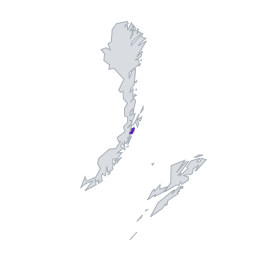 Tranøy nor, Troms, Norway (highlighted), rotated 135°
{"feature_id": "86288312B72673303782724", "entity_name": "Tranøy nor", "entity_type": "district", "adm_level": 2, "iso_a3": "NOR", "parent_name": "Norway", "parent_adm1": "Troms", "projection": "robinson", "projection_center": [17.384, 69.178], "detail": "fine", "context": "in_parent", "style": "filled", "palette": "violet", "viewbox_px": 256, "rotation_deg": 135, "n_neighbors": 0, "source": "geoboundaries", "source_scale": "gbopen_adm2", "svg_char_len": 5046}
<svg xmlns="http://www.w3.org/2000/svg" viewBox="0 0 256 256"><g transform="rotate(135 128 128)"><path d="M151.2,122.0L142.9,123.9L144.3,125.2L142.2,128.9L132.8,127.5L130.6,131.9L124.1,132.4L120.4,136.0L121.9,138.7L116.5,144.4L111.0,145.7L110.5,152.0L105.5,157.5L108.0,158.4L107.8,161.4L96.4,165.3L95.7,180.1L100.0,183.0L96.4,185.7L97.3,192.8L92.1,197.0L91.7,202.4L86.7,200.3L85.4,195.6L82.6,201.7L78.7,200.9L69.5,208.8L62.2,209.8L53.2,204.0L54.0,201.7L57.0,202.9L58.7,201.8L55.8,201.0L59.3,197.2L51.2,200.0L52.5,196.6L58.3,195.1L55.3,194.8L58.1,191.8L63.6,189.6L58.3,190.9L51.6,196.6L52.2,192.9L55.2,192.7L52.1,190.1L55.4,188.2L52.1,188.6L51.7,185.5L64.1,186.1L67.7,184.1L52.4,184.3L54.1,181.9L51.9,178.8L58.4,179.5L62.8,178.9L53.4,176.6L71.6,172.1L63.4,172.2L68.7,169.2L74.8,171.2L72.2,168.7L74.9,165.2L87.9,166.4L92.3,162.1L83.7,165.9L80.9,164.4L92.8,154.4L98.9,153.5L101.3,151.7L96.7,152.1L102.2,147.0L100.8,145.9L108.1,144.5L102.8,145.0L103.4,141.9L108.7,138.3L116.2,137.6L110.7,137.1L113.7,134.8L117.3,136.5L117.9,135.2L112.8,133.1L119.7,129.9L121.4,132.5L120.9,129.2L128.5,128.4L122.6,127.6L131.6,122.9L132.5,120.6L135.8,121.7L134.5,120.4L140.4,118.0L140.2,120.9L143.9,117.0L142.8,121.5L146.4,120.2L145.6,117.2L153.2,117.8L149.6,114.9L156.9,113.9L160.8,116.7L168.1,109.4L173.8,110.8L170.2,115.8L177.8,110.1L178.5,113.7L180.7,112.9L183.7,108.8L188.1,109.7L185.6,111.8L187.7,111.8L187.6,114.8L190.6,110.4L202.9,114.1L190.9,115.5L196.3,118.5L203.3,119.2L192.8,123.9L194.5,120.5L193.3,119.0L185.2,116.1L176.1,118.9L174.7,124.2L170.3,127.2L156.0,126.2L151.2,122.0ZM122.1,48.5L129.7,50.0L128.9,52.7L132.5,51.3L133.9,53.5L147.3,56.9L136.3,59.2L124.1,70.9L110.6,64.9L125.2,62.3L111.1,63.2L109.1,61.5L126.5,59.0L122.9,58.4L124.6,57.4L114.3,57.0L114.0,59.0L106.6,60.1L98.1,55.5L103.2,55.5L101.2,53.3L97.4,54.4L95.2,50.3L109.7,49.6L110.8,50.3L104.1,51.5L110.9,53.0L115.2,50.2L122.5,55.3L120.0,50.6L122.1,48.5ZM138.8,46.2L151.2,48.5L154.4,46.2L155.9,46.5L155.1,47.7L161.2,46.9L174.9,49.3L159.6,53.9L140.9,52.0L138.7,51.4L144.0,50.3L134.0,50.3L131.8,49.2L134.6,48.5L130.1,48.0L137.0,48.1L136.2,47.0L138.9,47.5L138.8,46.2ZM148.4,57.8L157.7,60.7L156.1,61.7L165.1,63.3L154.8,66.4L152.9,66.1L154.1,64.6L145.4,65.2L148.8,62.2L141.6,58.6L148.4,57.8ZM118.4,127.4L122.8,126.2L109.8,130.2L116.4,127.0L116.9,123.8L120.5,122.0L118.4,127.4ZM125.4,121.4L131.4,121.1L124.3,123.6L125.4,121.4ZM131.3,119.6L139.9,116.4L135.4,119.7L131.3,119.6ZM94.1,55.8L100.1,58.8L101.4,60.2L96.6,58.7L94.1,55.8ZM114.3,124.1L115.3,127.0L110.5,126.3L114.3,124.1ZM160.9,110.8L157.7,112.7L153.0,111.9L158.4,111.5L160.9,110.8ZM161.6,112.2L160.2,114.5L158.2,113.8L161.6,112.2ZM104.3,130.4L109.0,129.8L103.9,131.7L104.3,130.4ZM205.2,47.7L195.3,48.1L205.5,47.6L205.2,47.7ZM182.1,55.4L187.9,55.8L179.1,56.2L182.1,55.4ZM171.2,109.2L174.6,108.7L175.7,109.2L171.2,109.2ZM163.8,111.6L163.2,112.8L162.2,111.8L163.8,111.6ZM145.7,114.9L145.7,116.2L144.4,115.7L145.7,114.9ZM137.0,84.5L136.6,85.7L135.0,84.8L137.0,84.5ZM174.9,57.2L172.2,57.0L171.9,56.6L174.9,57.2ZM90.1,154.4L91.0,155.5L88.4,155.2L90.1,154.4ZM139.9,114.7L141.6,115.1L142.6,115.9L139.9,114.7ZM131.9,46.8L133.0,47.4L131.3,47.2L131.9,46.8ZM76.3,164.4L73.3,164.6L76.4,163.9L76.3,164.4ZM71.9,166.3L70.7,167.2L70.2,166.7L71.9,166.3ZM103.1,132.0L101.5,133.0L103.3,131.3L103.1,132.0ZM51.5,190.6L51.0,192.1L51.0,190.1L51.5,190.6ZM99.6,146.1L98.9,145.3L99.9,145.4L99.6,146.1ZM197.0,117.3L196.7,118.3L196.6,118.1L197.0,117.3ZM100.4,147.0L98.7,147.1L100.7,146.8L100.4,147.0ZM95.4,148.9L95.5,149.7L94.7,149.5L95.4,148.9ZM51.3,184.2L50.5,185.1L50.7,184.3L51.3,184.2Z" fill="#d9dde1" stroke="#a8b0b8" stroke-width="1"/><path d="M128.6,121.5L128.5,121.8L128.4,121.8L127.6,121.9L127.1,122.0L126.9,122.0L127.0,122.0L126.9,122.1L126.7,122.2L126.5,122.3L126.6,122.5L126.8,122.5L126.7,122.5L126.4,122.7L126.2,122.7L126.1,122.8L125.9,122.8L125.7,122.8L125.8,122.8L125.7,122.9L125.9,123.0L125.7,123.1L125.4,123.0L125.2,123.1L124.9,123.1L124.9,123.3L124.7,123.2L124.4,123.2L124.3,123.3L124.2,123.3L124.2,123.5L124.3,123.6L124.2,123.7L124.3,123.7L124.2,123.7L124.3,123.7L124.6,123.7L124.8,123.7L125.0,123.7L124.9,123.7L125.0,123.7L125.3,123.5L125.5,123.5L125.9,123.5L126.2,123.5L126.3,123.5L126.1,123.6L125.9,123.6L125.7,123.7L125.6,123.8L125.8,123.8L125.8,123.7L126.0,123.7L126.0,123.8L125.8,123.8L125.7,123.8L125.6,124.0L125.8,124.0L126.0,124.0L126.3,124.0L126.4,123.9L126.4,124.0L126.5,123.9L126.6,123.7L126.5,123.8L126.4,123.8L126.3,123.7L126.5,123.6L126.4,123.5L126.6,123.4L126.8,123.4L127.1,123.2L127.3,123.1L127.2,123.1L127.3,123.0L127.5,123.0L127.6,122.9L127.8,122.8L127.7,122.8L127.9,122.7L128.0,122.6L128.4,122.6L128.5,122.6L128.4,122.7L128.2,122.7L128.2,122.8L128.3,122.8L128.2,122.9L128.1,123.0L128.3,123.0L128.3,122.9L128.5,122.9L128.8,122.9L128.8,123.0L129.1,122.9L129.3,122.9L129.5,122.8L129.8,122.9L130.0,122.9L130.2,122.7L129.9,122.5L129.5,122.5L129.5,122.3L129.3,122.3L129.2,122.3L129.2,122.2L129.1,121.9L128.9,121.7L128.6,121.5ZM127.9,123.0L127.7,123.0L127.8,123.1L127.9,123.0Z" fill="#8b5cf6" stroke="#5b21b6" stroke-width="1.5"/></g></svg>